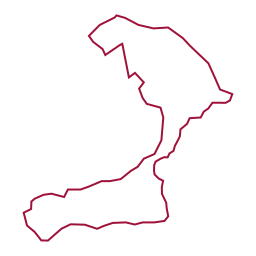 Milia Pafou, Paphos, Cyprus (Natural Earth projection)
{"feature_id": "46923920B8918300424858", "entity_name": "Milia Pafou", "entity_type": "district", "adm_level": 2, "iso_a3": "CYP", "parent_name": "Cyprus", "parent_adm1": "Paphos", "projection": "natural_earth1", "projection_center": [32.535, 34.912], "detail": "fine", "context": "isolated", "style": "outline", "palette": "rose", "viewbox_px": 256, "rotation_deg": 0, "n_neighbors": 0, "source": "geoboundaries", "source_scale": "gbopen_adm2", "svg_char_len": 1193}
<svg xmlns="http://www.w3.org/2000/svg" viewBox="0 0 256 256"><path d="M88.9,35.9L93.2,41.9L102.6,49.1L105.3,55.0L119.6,45.2L122.3,43.8L125.6,60.6L128.9,77.4L135.0,72.9L143.8,82.4L139.1,88.6L142.7,98.1L146.8,103.9L160.5,107.6L163.3,117.4L161.4,140.3L154.5,154.0L143.8,158.7L137.7,166.8L131.1,170.7L120.7,179.1L110.0,181.1L101.7,181.1L88.5,186.7L80.6,189.5L67.9,189.5L64.1,197.0L51.5,193.7L43.5,194.8L34.7,198.7L31.4,201.5L31.1,209.0L23.7,212.7L27.0,225.5L34.7,232.0L34.9,232.3L36.8,234.6L41.3,240.4L47.9,240.6L61.6,228.6L70.6,224.3L84.8,224.7L97.1,228.8L104.1,225.8L112.9,222.9L125.9,222.4L134.6,224.5L142.8,222.4L154.3,222.4L164.6,220.9L165.6,219.6L168.2,216.3L166.7,208.2L166.2,202.7L162.0,193.9L161.8,187.3L163.1,180.7L158.8,178.6L154.6,174.5L154.0,170.9L154.2,165.1L155.6,161.6L160.8,158.6L164.2,157.2L167.6,157.4L169.5,153.4L173.5,150.9L174.9,145.8L176.8,142.4L179.8,136.5L180.5,129.3L187.1,123.8L189.6,118.2L200.7,117.5L203.8,111.6L208.2,108.6L212.5,102.7L225.7,102.8L229.9,100.5L232.3,94.1L220.0,89.5L214.9,77.7L208.4,63.3L190.0,45.8L182.7,38.0L168.1,27.5L153.5,28.4L138.4,24.9L125.1,17.9L116.5,15.4L114.8,17.4L99.8,24.9L88.9,35.9Z" fill="none" stroke="#9f1239" stroke-width="2"/></svg>